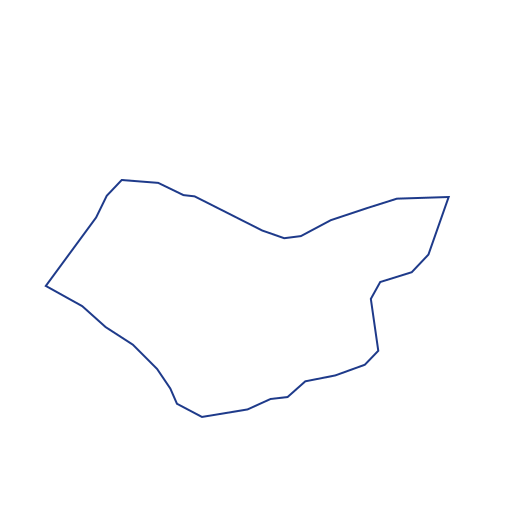 outline of San Bartolomé Milpas Altas, Sacatepéquez, Guatemala, rotated 128°
{"feature_id": "79465075B34478073333157", "entity_name": "San Bartolomé Milpas Altas", "entity_type": "district", "adm_level": 2, "iso_a3": "GTM", "parent_name": "Guatemala", "parent_adm1": "Sacatepéquez", "projection": "orthographic", "projection_center": [-90.687, 14.601], "detail": "fine", "context": "isolated", "style": "outline", "palette": "blue", "viewbox_px": 512, "rotation_deg": 128, "n_neighbors": 0, "source": "geoboundaries", "source_scale": "gbopen_adm2", "svg_char_len": 561}
<svg xmlns="http://www.w3.org/2000/svg" viewBox="0 0 512 512"><g transform="rotate(128 256 256)"><path d="M278.8,408.6L300.4,410.7L324.1,405.7L409.0,403.2L402.5,362.0L404.6,330.7L401.7,298.4L405.9,264.4L413.2,241.9L421.1,227.3L416.1,199.5L382.1,168.2L359.7,156.5L347.7,144.3L324.4,140.0L301.3,120.0L274.7,103.3L255.4,101.3L219.1,139.1L200.0,142.1L172.9,123.3L148.7,121.0L90.9,140.5L124.1,180.3L149.6,197.8L181.7,219.1L212.7,232.9L224.6,244.7L232.1,266.8L246.8,341.1L252.7,350.7L258.6,378.1L278.8,408.6Z" fill="none" stroke="#1e3a8a" stroke-width="2"/></g></svg>